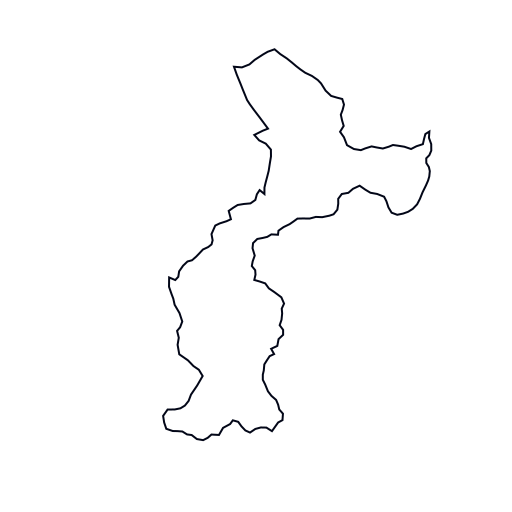 Dias d'Ávila, Bahia, Brazil, rotated 120°
{"feature_id": "56859067B71417853193151", "entity_name": "Dias d'Ávila", "entity_type": "district", "adm_level": 2, "iso_a3": "BRA", "parent_name": "Brazil", "parent_adm1": "Bahia", "projection": "robinson", "projection_center": [-38.284, -12.606], "detail": "fine", "context": "isolated", "style": "outline", "palette": "ink", "viewbox_px": 512, "rotation_deg": 120, "n_neighbors": 0, "source": "geoboundaries", "source_scale": "gbopen_adm2", "svg_char_len": 2859}
<svg xmlns="http://www.w3.org/2000/svg" viewBox="0 0 512 512"><g transform="rotate(120 256 256)"><path d="M331.9,191.3L328.8,196.5L323.2,192.6L316.7,194.9L310.7,193.1L306.4,195.6L304.1,200.9L298.5,202.0L292.7,204.6L288.7,207.4L283.2,207.9L279.1,213.4L278.1,221.9L277.6,228.7L275.1,234.3L276.3,240.3L277.6,245.5L272.4,247.1L268.7,249.6L266.8,254.6L262.3,256.2L256.3,257.3L251.0,262.9L246.3,265.0L240.6,263.4L237.1,259.3L233.8,255.8L229.6,253.5L226.6,247.6L222.8,249.2L217.2,246.6L211.6,242.8L207.4,240.8L202.9,238.8L200.2,234.4L196.7,228.2L192.2,223.7L189.3,218.1L184.4,212.6L181.1,209.7L175.2,208.7L169.6,210.9L165.4,213.4L159.4,212.7L155.1,207.6L149.3,205.6L143.3,201.4L143.9,194.4L144.0,188.5L141.7,182.1L140.6,174.7L143.4,170.4L147.7,165.6L150.7,160.2L149.7,154.3L145.7,149.8L141.7,146.4L136.8,143.8L130.7,142.3L124.5,142.6L117.6,143.6L109.9,144.1L104.6,144.7L100.5,145.7L95.6,147.9L92.5,150.8L90.3,155.0L86.3,157.4L82.0,156.3L77.1,156.9L71.5,160.2L67.2,165.3L61.5,168.1L65.7,170.3L70.6,169.0L75.7,167.4L80.7,171.9L85.8,175.2L87.2,182.2L89.6,188.5L91.4,192.9L94.9,195.6L99.5,199.9L101.6,205.6L103.3,210.7L108.2,215.2L111.9,218.1L114.4,224.7L114.5,232.6L109.2,239.2L106.4,245.3L99.5,245.1L95.4,249.4L91.2,253.2L86.3,254.0L80.9,255.5L76.9,259.8L78.4,265.2L79.8,271.0L78.0,278.4L74.0,286.0L72.7,290.5L72.1,297.6L72.7,305.0L72.2,310.9L71.5,316.1L70.6,321.0L69.5,328.0L69.0,336.0L67.7,343.3L73.3,348.0L77.8,350.6L86.8,355.2L93.4,357.5L99.7,362.5L103.1,369.7L108.5,363.4L111.3,359.8L114.6,355.5L118.5,350.6L121.9,346.2L125.4,341.7L127.6,337.4L130.5,330.9L134.3,321.8L139.7,309.3L144.0,312.7L152.0,318.0L154.3,311.1L153.8,303.7L156.4,296.3L162.3,292.8L168.7,290.4L175.9,287.6L181.2,286.1L187.5,284.4L192.5,282.9L198.1,279.7L197.1,285.8L202.1,286.1L207.8,284.6L213.2,287.1L217.0,292.5L221.0,297.4L225.5,299.8L230.6,302.2L236.7,296.1L240.6,298.9L245.9,303.7L250.0,306.5L259.3,305.5L264.1,301.4L268.2,300.3L272.2,301.9L276.9,305.2L282.5,306.5L286.5,307.5L291.7,309.3L295.0,312.6L300.8,314.3L307.7,314.9L312.9,312.9L317.2,313.9L318.0,320.5L326.2,315.9L331.2,310.1L334.3,306.3L338.9,302.1L343.7,293.7L349.6,287.1L355.6,286.1L360.3,286.9L365.4,282.0L372.1,279.5L379.5,273.3L379.9,268.5L380.4,262.7L382.6,255.1L383.1,248.6L386.6,242.2L397.6,242.2L408.5,243.0L415.2,241.9L421.1,242.8L425.7,245.3L429.5,249.6L433.2,255.8L440.9,256.5L446.1,252.3L450.5,247.3L449.2,240.6L446.9,236.4L444.8,232.0L445.0,226.5L443.2,222.2L444.1,215.7L441.9,209.7L437.6,206.9L432.9,205.3L429.5,198.6L421.3,198.6L414.5,194.4L409.9,193.9L408.5,188.5L410.8,183.4L412.4,178.0L411.9,172.9L406.1,170.1L402.1,166.1L399.4,161.2L399.7,154.6L394.4,154.1L389.1,153.6L384.9,151.0L379.1,153.8L377.3,159.1L373.7,162.5L370.6,166.6L369.4,172.7L367.2,178.0L362.7,183.8L359.8,188.2L355.3,190.8L351.3,192.0L345.7,194.6L340.8,194.4L335.9,194.1L331.9,191.3Z" fill="none" stroke="#020617" stroke-width="2"/></g></svg>